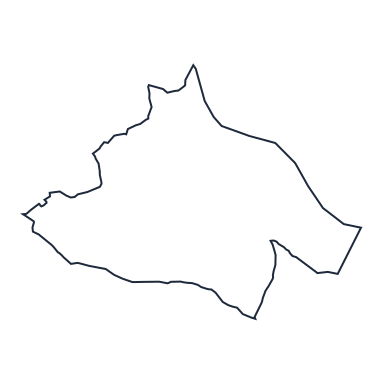 Udenu, Enugu, Nigeria
{"feature_id": "59680162B44643250914735", "entity_name": "Udenu", "entity_type": "district", "adm_level": 2, "iso_a3": "NGA", "parent_name": "Nigeria", "parent_adm1": "Enugu", "projection": "mercator", "projection_center": [7.531, 6.881], "detail": "fine", "context": "isolated", "style": "outline", "palette": "slate", "viewbox_px": 384, "rotation_deg": 0, "n_neighbors": 0, "source": "geoboundaries", "source_scale": "gbopen_adm2", "svg_char_len": 1954}
<svg xmlns="http://www.w3.org/2000/svg" viewBox="0 0 384 384"><path d="M361.0,227.7L343.8,224.1L327.6,211.6L323.0,208.1L308.1,186.1L298.4,168.8L295.1,163.0L275.3,143.0L249.4,136.0L245.0,134.4L221.6,126.0L213.7,117.0L204.7,101.0L197.6,75.4L195.8,68.9L193.3,65.2L185.4,80.0L185.1,85.4L182.6,87.4L178.5,90.5L174.0,91.1L167.4,92.7L163.0,89.0L148.8,85.1L148.2,86.9L149.5,93.4L149.3,98.5L151.6,107.0L148.2,116.2L148.3,118.6L146.0,119.7L140.1,124.0L136.0,125.2L127.9,129.0L126.2,134.3L124.3,133.8L117.3,135.0L114.2,135.7L107.9,142.9L104.1,142.2L102.1,144.7L100.6,146.5L99.6,148.4L97.5,150.1L92.9,153.6L95.1,156.6L95.6,158.5L96.2,159.5L98.6,163.6L99.9,172.3L99.7,172.6L99.9,175.3L101.4,182.2L101.5,183.8L99.9,186.8L87.4,192.0L78.0,194.3L77.9,194.3L74.6,197.0L70.8,197.5L66.5,195.7L59.8,191.5L49.7,192.8L50.0,196.4L44.5,199.8L46.1,201.3L46.5,202.0L46.5,202.9L45.6,203.5L44.9,204.3L43.4,205.5L41.3,206.4L40.4,205.6L39.7,204.4L39.0,203.8L31.0,209.8L26.8,213.5L26.1,213.9L23.0,214.2L33.6,221.2L34.0,222.2L32.5,227.4L32.9,231.6L36.3,233.3L38.7,234.4L40.6,236.0L45.2,239.7L48.6,242.5L51.5,244.8L53.8,247.2L57.9,252.3L59.0,252.8L61.7,255.2L63.5,257.2L71.0,263.9L75.4,263.2L77.5,262.9L79.9,263.4L89.2,265.9L105.7,269.0L114.2,274.9L122.6,278.7L132.5,282.1L142.5,281.9L159.2,281.7L167.6,283.3L169.2,282.7L170.8,281.8L176.2,281.7L180.8,281.6L183.0,282.2L187.2,282.8L192.0,283.1L197.9,284.9L201.1,287.0L206.4,288.7L208.9,289.3L211.4,289.5L215.6,292.7L217.7,295.4L220.3,298.8L222.8,302.0L228.2,305.1L232.5,306.6L237.1,307.7L242.8,314.1L251.4,317.6L255.3,318.8L254.6,317.0L261.1,303.8L262.0,301.7L262.8,298.1L265.5,290.8L268.6,286.1L272.4,279.4L273.1,277.6L272.9,275.3L273.6,271.3L275.4,265.0L275.6,255.0L274.6,251.3L272.7,244.8L270.6,240.8L273.5,240.5L276.5,241.6L278.6,244.0L284.0,247.2L286.0,249.4L288.7,250.8L290.1,253.4L292.5,256.0L296.3,257.2L298.5,258.9L316.5,272.3L317.3,273.1L327.8,271.9L337.7,273.9L361.0,227.7Z" fill="none" stroke="#1e293b" stroke-width="2"/></svg>